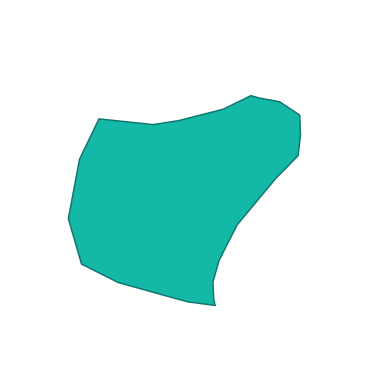 Unjong Dist., P'yŏngan-namdo, North Korea (orthographic projection), rotated 240°
{"feature_id": "82179303B85891331606678", "entity_name": "Unjong Dist.", "entity_type": "district", "adm_level": 2, "iso_a3": "PRK", "parent_name": "North Korea", "parent_adm1": "P'yŏngan-namdo", "projection": "orthographic", "projection_center": [125.854, 39.212], "detail": "fine", "context": "isolated", "style": "filled", "palette": "teal", "viewbox_px": 384, "rotation_deg": 240, "n_neighbors": 0, "source": "geoboundaries", "source_scale": "gbopen_adm2", "svg_char_len": 440}
<svg xmlns="http://www.w3.org/2000/svg" viewBox="0 0 384 384"><g transform="rotate(240 192 192)"><path d="M82.2,155.3L88.0,157.1L103.6,165.1L119.2,181.2L141.0,214.7L161.8,271.1L170.4,302.0L187.2,314.5L204.7,323.7L226.2,313.1L239.7,297.3L246.0,291.1L248.1,260.4L260.5,216.1L269.9,191.9L301.8,148.0L276.7,111.1L230.8,71.6L184.8,60.3L150.4,82.9L115.9,116.7L98.7,133.7L82.2,155.3Z" fill="#14b8a6" stroke="#0f766e" stroke-width="1.5"/></g></svg>